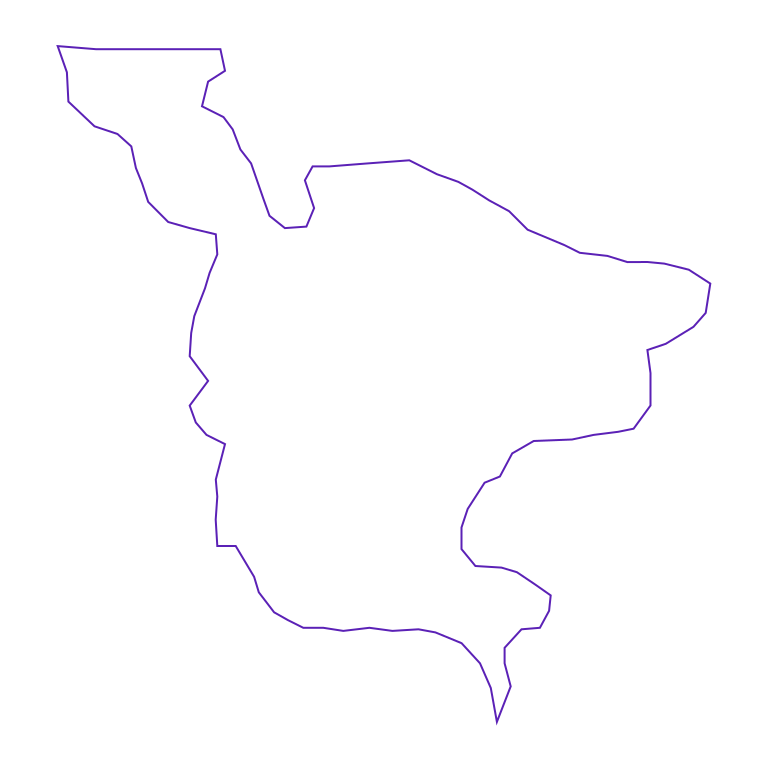 Myrtou, Cyprus (orthographic projection)
{"feature_id": "46923920B74910454629938", "entity_name": "Myrtou", "entity_type": "district", "adm_level": 2, "iso_a3": "CYP", "parent_name": "Cyprus", "parent_adm1": "", "projection": "orthographic", "projection_center": [33.074, 35.32], "detail": "fine", "context": "isolated", "style": "outline", "palette": "violet", "viewbox_px": 768, "rotation_deg": 0, "n_neighbors": 0, "source": "geoboundaries", "source_scale": "gbopen_adm2", "svg_char_len": 1420}
<svg xmlns="http://www.w3.org/2000/svg" viewBox="0 0 768 768"><path d="M303.3,627.8L323.3,627.8L343.3,630.9L369.4,627.8L392.4,630.9L418.5,629.3L435.4,632.4L461.6,643.2L480.0,663.3L490.8,688.0L496.9,721.9L510.7,686.4L504.6,663.3L504.6,647.8L521.5,629.3L539.9,627.8L549.1,610.8L550.7,595.4L535.3,584.6L516.9,572.2L501.5,567.6L475.4,566.0L461.5,549.1L461.5,527.5L467.7,508.9L484.6,482.7L499.9,476.5L512.2,453.4L533.7,441.0L572.1,439.5L593.6,434.9L618.2,431.8L633.6,428.7L650.5,405.5L650.5,373.1L647.4,350.0L665.8,343.8L693.5,326.8L705.7,312.9L710.3,283.6L688.8,269.7L664.3,263.6L647.4,262.0L627.4,262.1L607.4,255.9L579.8,252.8L564.4,245.1L527.6,229.7L509.1,211.2L489.2,200.4L472.3,189.6L458.4,181.9L436.9,174.2L409.3,160.3L367.8,163.4L329.4,166.4L312.6,166.4L304.9,180.3L314.1,208.1L306.4,226.6L284.9,228.1L269.5,215.8L263.4,198.8L251.1,163.4L240.4,149.5L232.7,129.4L223.5,117.1L202.0,106.3L208.1,81.6L225.0,70.8L220.4,49.2L195.9,49.2L163.6,49.2L140.6,49.2L114.5,49.2L96.1,49.2L57.7,46.1L66.9,72.3L68.4,101.6L94.5,126.3L117.5,134.0L131.3,146.4L135.9,168.0L142.1,183.4L148.2,201.9L168.2,222.0L189.7,228.1L215.8,234.3L217.3,254.4L209.6,272.9L205.0,288.3L194.3,316.1L191.2,333.0L189.7,356.2L208.1,380.9L189.7,405.6L195.8,422.5L206.5,434.9L225.0,444.1L215.8,479.6L217.3,496.6L215.7,519.7L217.3,546.0L235.7,546.0L254.1,576.8L258.8,592.3L274.1,612.3L287.9,620.1L303.3,627.8Z" fill="none" stroke="#5b21b6" stroke-width="2"/></svg>